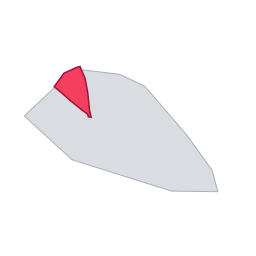 where Choiseul sits in Saint Lucia, rotated 105°
{"feature_id": "LCA-5078", "entity_name": "Choiseul", "entity_type": "Quarter", "adm_level": 1, "iso_a3": "LCA", "parent_name": "Saint Lucia", "parent_adm1": "", "projection": "mercator", "projection_center": [-61.017, 13.796], "detail": "fine", "context": "in_parent", "style": "filled", "palette": "rose", "viewbox_px": 256, "rotation_deg": 105, "n_neighbors": 0, "source": "natural_earth", "source_scale": "10m", "svg_char_len": 510}
<svg xmlns="http://www.w3.org/2000/svg" viewBox="0 0 256 256"><g transform="rotate(105 128 128)"><path d="M173.2,173.9L143.2,231.3L84.9,195.3L78.3,150.0L83.4,122.5L119.1,70.0L146.9,36.0L166.3,24.7L177.7,69.9L173.2,173.9Z" fill="#d9dde1" stroke="#a8b0b8" stroke-width="1"/><path d="M107.2,210.0L91.6,204.0L82.7,193.2L81.0,190.3L90.9,182.5L103.6,176.3L121.6,169.4L127.1,166.4L127.5,169.1L125.0,170.7L123.3,175.4L116.7,190.4L110.9,202.0L107.2,210.0Z" fill="#f43f5e" stroke="#9f1239" stroke-width="1.5"/></g></svg>